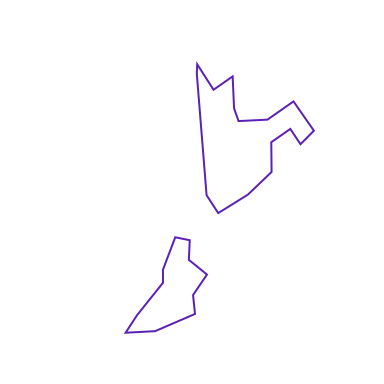 map outline of East End (Mercator projection), rotated 145°
{"feature_id": "AIA-5115", "entity_name": "East End", "entity_type": "District", "adm_level": 1, "iso_a3": "AIA", "parent_name": "Anguilla", "parent_adm1": "", "projection": "mercator", "projection_center": [-62.977, 18.266], "detail": "fine", "context": "isolated", "style": "outline", "palette": "violet", "viewbox_px": 384, "rotation_deg": 145, "n_neighbors": 0, "source": "natural_earth", "source_scale": "10m", "svg_char_len": 505}
<svg xmlns="http://www.w3.org/2000/svg" viewBox="0 0 384 384"><g transform="rotate(145 192 192)"><path d="M57.0,172.3L75.7,168.9L75.3,187.3L98.5,187.3L115.3,162.8L147.7,157.8L182.6,159.7L181.9,181.0L120.3,286.0L114.5,293.6L115.7,263.4L92.4,263.4L109.6,236.3L113.2,223.4L88.7,208.0L56.9,208.0L57.0,172.3ZM227.1,115.8L250.2,107.0L259.5,90.4L302.1,99.2L327.1,114.8L307.7,122.6L267.8,134.3L260.4,145.0L231.7,164.5L221.5,153.8L233.5,138.2L227.1,115.8Z" fill="none" stroke="#5b21b6" stroke-width="2"/></g></svg>